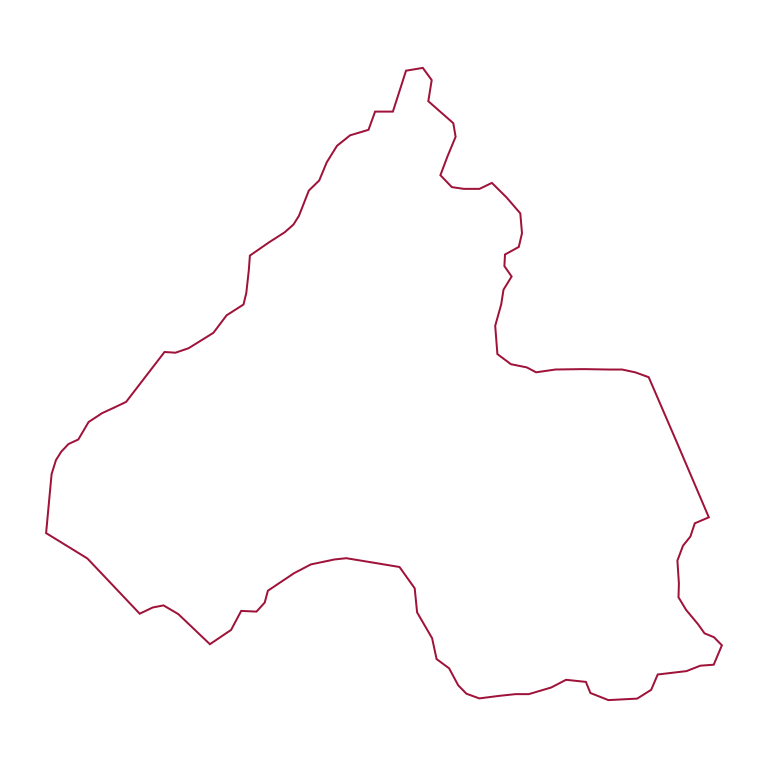 outline of Santa Cruz, Paraíba, Brazil
{"feature_id": "56859067B91012159546278", "entity_name": "Santa Cruz", "entity_type": "district", "adm_level": 2, "iso_a3": "BRA", "parent_name": "Brazil", "parent_adm1": "Paraíba", "projection": "orthographic", "projection_center": [-38.047, -6.532], "detail": "fine", "context": "isolated", "style": "outline", "palette": "rose", "viewbox_px": 768, "rotation_deg": 0, "n_neighbors": 0, "source": "geoboundaries", "source_scale": "gbopen_adm2", "svg_char_len": 1507}
<svg xmlns="http://www.w3.org/2000/svg" viewBox="0 0 768 768"><path d="M337.0,145.8L326.8,162.2L319.2,180.5L308.8,190.6L299.0,215.7L293.5,224.5L284.8,232.2L268.9,242.4L249.9,255.6L248.8,270.3L246.3,292.9L243.5,304.5L226.6,315.3L213.4,332.8L188.6,348.2L175.5,352.7L164.5,352.0L126.1,401.9L115.8,406.8L102.0,413.2L88.6,422.0L78.3,439.5L68.5,444.0L61.3,451.6L56.0,460.0L51.6,474.0L46.1,533.1L87.4,558.5L139.7,613.7L152.7,607.5L163.5,605.4L178.3,614.1L209.9,644.2L231.1,629.9L241.2,610.9L256.5,611.6L264.7,602.6L267.9,590.7L294.0,573.2L310.9,564.4L334.2,559.5L346.3,558.2L399.5,567.0L414.7,588.3L417.1,612.4L432.1,638.2L436.6,659.1L449.1,668.3L458.2,685.3L466.4,693.7L479.3,698.4L499.7,695.8L515.8,694.1L528.9,694.1L551.2,687.5L566.0,679.8L585.9,681.9L590.4,693.0L608.4,700.1L637.2,698.6L651.2,689.8L657.7,674.5L686.5,671.1L700.3,665.7L713.7,664.7L721.9,645.3L713.9,637.2L704.5,633.3L698.0,624.2L686.1,609.9L678.5,597.3L678.9,583.4L677.4,560.6L683.0,545.7L690.4,536.5L694.8,523.3L708.8,517.3L677.5,443.9L648.7,377.2L635.1,372.3L622.0,369.5L607.1,369.5L583.4,369.1L555.6,369.5L536.1,372.3L526.8,367.4L510.9,364.2L497.4,354.1L495.2,325.8L501.2,304.4L503.5,289.7L511.6,276.5L504.4,266.1L505.0,254.5L518.8,246.9L522.0,233.2L520.3,213.4L506.7,197.6L491.9,182.9L479.4,188.9L464.1,188.9L451.8,187.1L440.4,175.2L447.4,156.6L455.6,136.8L453.3,123.2L428.3,101.2L431.7,80.1L422.8,67.9L406.0,70.7L401.2,85.8L392.9,111.6L375.1,111.6L368.5,129.8L350.1,135.3L337.0,145.8Z" fill="none" stroke="#9f1239" stroke-width="2"/></svg>